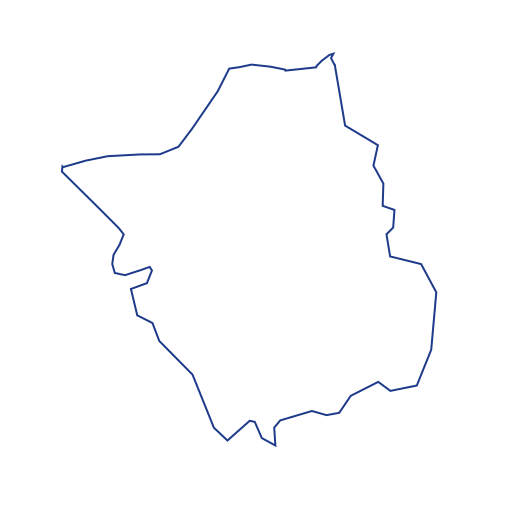 outline of Antrim, rotated 74°
{"feature_id": "GBR-2092", "entity_name": "Antrim", "entity_type": "District", "adm_level": 1, "iso_a3": "GBR", "parent_name": "United Kingdom", "parent_adm1": "", "projection": "orthographic", "projection_center": [-6.293, 54.687], "detail": "fine", "context": "isolated", "style": "outline", "palette": "blue", "viewbox_px": 512, "rotation_deg": 74, "n_neighbors": 0, "source": "natural_earth", "source_scale": "10m", "svg_char_len": 986}
<svg xmlns="http://www.w3.org/2000/svg" viewBox="0 0 512 512"><g transform="rotate(74 256 256)"><path d="M68.5,230.1L69.9,219.8L70.8,207.5L78.0,189.9L84.9,176.6L85.9,176.6L91.2,146.3L90.5,145.6L90.1,145.5L86.4,138.9L83.0,130.1L82.9,125.9L86.4,129.3L94.1,127.8L94.1,127.6L155.2,134.4L183.1,108.3L201.5,118.2L221.5,113.6L242.7,120.4L249.9,110.2L266.5,116.3L271.1,124.6L293.4,127.2L309.3,99.5L340.6,92.7L394.4,113.4L424.8,137.1L422.7,164.0L410.7,173.2L416.5,203.4L429.7,219.3L428.4,232.1L420.4,245.0L420.7,278.0L426.0,285.8L443.5,289.6L432.6,300.6L415.1,302.9L412.7,307.5L425.5,334.3L409.5,343.8L352.6,349.7L311.0,372.4L291.9,374.0L280.3,386.5L253.2,385.3L252.0,368.3L241.2,360.0L237.2,361.2L237.8,371.1L238.3,387.2L233.4,396.4L224.1,396.4L215.6,392.6L207.6,384.1L198.7,377.2L191.2,380.3L165.0,394.8L121.4,419.3L116.6,417.4L117.4,417.0L117.4,393.2L119.2,371.0L126.4,339.5L131.7,320.4L129.6,300.4L116.3,282.7L87.1,247.4L68.5,230.1Z" fill="none" stroke="#1e3a8a" stroke-width="2"/></g></svg>